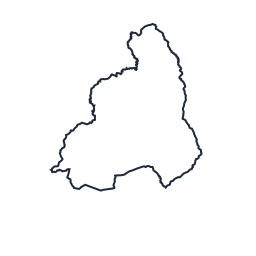 outline of Meluco, Cabo Delgado, Mozambique, rotated 141°
{"feature_id": "85939544B29216683074298", "entity_name": "Meluco", "entity_type": "district", "adm_level": 2, "iso_a3": "MOZ", "parent_name": "Mozambique", "parent_adm1": "Cabo Delgado", "projection": "natural_earth1", "projection_center": [39.629, -12.461], "detail": "fine", "context": "isolated", "style": "outline", "palette": "slate", "viewbox_px": 256, "rotation_deg": 141, "n_neighbors": 0, "source": "geoboundaries", "source_scale": "gbopen_adm2", "svg_char_len": 5781}
<svg xmlns="http://www.w3.org/2000/svg" viewBox="0 0 256 256"><g transform="rotate(141 128 128)"><path d="M196.8,151.4L198.0,147.9L198.3,145.7L198.6,144.9L200.5,144.5L203.0,144.7L206.1,142.5L206.9,142.7L209.4,144.4L212.6,144.2L213.2,143.8L213.5,143.4L214.1,143.7L214.0,143.1L214.3,142.4L214.3,141.9L214.6,141.7L214.5,141.3L213.7,141.0L212.1,139.5L210.8,139.2L209.8,139.6L208.5,138.5L207.7,138.8L206.6,137.1L206.2,135.6L202.7,133.7L201.9,134.1L201.3,134.1L200.0,133.4L199.4,132.7L200.2,132.3L202.1,130.6L205.7,128.1L206.1,128.0L206.4,127.6L206.1,127.1L205.9,125.9L205.2,124.9L205.1,124.3L205.5,123.4L206.4,122.6L207.0,121.2L207.0,120.3L207.5,118.8L207.3,116.3L207.8,115.6L204.5,111.5L203.9,111.3L201.4,111.6L197.0,110.8L188.6,96.6L188.2,96.3L186.2,95.6L179.0,91.2L176.7,90.0L175.8,90.6L175.5,92.2L175.2,92.8L172.0,94.6L170.8,96.4L170.0,97.1L168.7,97.5L168.0,99.1L167.0,98.6L163.7,96.0L160.3,94.1L155.8,93.7L153.3,93.2L152.0,92.5L146.8,90.9L140.5,88.6L139.5,88.0L138.8,86.4L137.2,86.4L136.7,86.2L135.5,85.0L135.0,83.4L133.6,82.5L133.5,82.0L133.7,81.1L134.6,79.8L134.8,78.8L133.7,74.5L134.0,72.8L133.9,71.3L134.3,70.9L133.9,70.1L134.6,69.5L134.5,69.1L134.2,69.0L134.2,68.3L134.8,67.5L136.1,66.8L136.0,65.8L137.0,65.2L136.4,64.1L136.6,63.8L136.5,62.7L137.0,62.0L136.8,61.2L137.0,60.3L136.2,59.4L136.2,58.0L133.6,58.5L131.7,57.8L130.9,57.8L130.2,58.5L129.3,58.9L128.4,59.6L127.5,59.1L125.7,58.6L124.5,59.1L122.2,58.8L121.3,58.4L120.4,58.5L119.8,58.1L118.8,57.0L113.5,57.6L110.7,56.9L109.4,56.3L106.3,56.7L104.0,56.0L103.3,56.7L102.2,56.7L101.9,57.1L101.7,58.1L101.3,58.3L101.0,58.4L99.8,57.9L98.8,58.0L97.3,59.1L96.5,60.0L95.5,60.5L94.8,61.1L93.2,60.3L91.9,60.4L91.4,60.7L91.0,61.4L90.5,61.7L88.3,61.3L86.9,61.8L86.5,63.2L85.2,65.0L85.5,66.3L85.9,66.9L85.8,68.3L84.9,68.9L84.5,69.6L84.6,71.4L83.7,72.6L83.3,74.5L82.9,75.0L82.2,75.3L81.4,76.9L81.2,79.2L80.7,80.2L80.6,81.2L79.8,82.6L79.1,85.9L78.8,86.7L78.7,87.3L79.7,88.5L80.0,89.3L79.7,90.3L79.2,90.9L79.2,91.8L78.9,92.2L79.1,93.3L78.9,96.5L78.4,97.7L79.0,99.5L79.7,100.6L79.7,100.9L77.0,103.0L76.2,104.2L75.5,104.5L74.5,105.7L73.7,107.8L72.6,108.9L70.2,110.2L69.2,111.4L67.2,112.6L65.5,113.2L63.7,115.9L62.5,116.9L62.4,118.6L60.5,121.7L60.6,123.0L59.8,123.8L57.6,124.1L56.9,125.1L56.6,126.1L56.6,126.8L56.1,127.6L56.2,129.1L56.0,130.5L56.5,131.1L56.6,131.7L55.9,132.6L56.6,133.6L56.5,134.5L56.0,135.1L55.0,135.2L54.3,135.7L53.4,135.6L51.7,135.9L51.2,136.8L51.0,138.0L51.6,139.4L51.5,139.9L51.0,140.3L49.7,140.4L49.1,141.1L49.0,141.9L49.4,143.2L48.9,144.2L49.1,145.7L48.2,146.5L47.7,147.7L47.0,147.6L46.5,147.9L46.7,148.6L46.5,148.8L46.1,148.8L45.5,149.4L45.9,150.0L45.8,150.7L45.3,150.9L45.1,150.6L44.8,151.2L45.4,153.0L44.9,153.3L44.8,154.2L45.1,154.5L44.8,155.1L45.3,155.4L45.6,156.5L45.3,157.4L46.0,158.2L45.9,158.6L46.4,159.8L45.7,160.3L46.0,162.0L45.8,163.1L45.5,163.2L45.4,164.3L45.1,165.1L45.4,165.7L45.3,166.6L44.8,166.9L43.0,169.7L42.7,169.5L42.6,169.8L43.1,171.4L43.1,172.3L43.7,173.0L43.9,173.9L43.2,174.5L43.1,175.2L42.4,176.5L42.5,178.0L41.5,179.0L41.4,180.1L42.0,182.3L42.7,183.7L42.7,184.7L43.1,186.0L43.9,187.4L43.8,187.7L43.1,188.5L42.4,188.8L42.4,189.6L42.0,190.2L41.8,191.0L42.8,191.9L43.4,193.4L45.8,194.0L46.6,194.7L50.7,196.2L56.1,196.0L57.8,193.7L59.7,193.0L60.9,193.0L61.5,193.3L61.8,193.8L62.0,196.3L62.4,197.3L64.2,198.9L64.5,199.5L64.8,199.5L65.0,200.0L65.5,199.8L66.1,199.8L66.2,199.2L66.6,199.5L66.9,199.4L66.9,198.5L67.8,197.6L67.8,197.1L68.6,197.0L68.5,196.4L69.1,196.2L69.2,195.7L69.7,195.9L70.3,195.2L70.7,195.4L71.9,195.3L73.2,194.7L73.8,195.1L74.8,194.3L75.0,193.7L75.6,193.2L75.9,192.4L75.7,192.0L76.0,191.4L76.8,190.9L77.1,190.0L77.0,189.3L76.2,188.6L76.2,187.9L76.3,187.4L76.1,186.6L76.5,186.0L76.5,185.3L76.9,184.0L77.4,183.4L77.6,182.8L78.2,182.5L78.2,181.9L77.9,181.6L78.1,181.1L77.8,179.9L78.1,179.4L78.8,179.0L78.3,178.2L78.5,177.2L77.6,176.5L77.4,175.6L77.6,175.4L77.8,175.7L78.0,175.6L77.9,174.5L78.1,173.9L79.6,174.3L80.3,174.1L80.4,173.8L79.7,173.4L80.1,172.1L80.6,172.1L81.2,171.6L82.0,172.1L82.2,171.9L82.4,170.4L83.1,169.9L83.7,169.1L84.3,169.1L84.3,168.3L84.9,168.4L85.2,168.1L85.4,168.3L85.5,169.3L84.9,170.2L85.9,171.3L87.7,171.8L88.1,172.9L88.9,173.2L89.9,173.2L90.5,174.0L91.4,174.3L91.5,175.4L92.5,174.9L93.5,175.1L93.8,175.7L95.2,176.7L96.2,176.4L96.6,175.4L97.3,176.0L98.3,175.0L98.6,174.5L99.7,174.4L100.7,176.4L102.2,177.8L102.5,177.7L104.2,175.4L104.4,175.3L104.8,175.8L104.9,176.9L105.9,178.1L106.7,179.8L107.4,179.9L108.1,179.4L110.3,178.9L112.4,178.9L115.8,180.8L116.4,181.7L117.2,182.0L117.6,182.5L118.7,183.0L119.2,182.9L120.3,181.6L121.2,182.6L121.8,182.8L122.9,182.1L123.2,181.3L127.5,182.1L128.9,181.3L129.9,181.5L130.7,181.3L131.4,181.7L132.5,181.0L133.2,180.2L133.5,179.4L134.4,178.8L134.8,178.0L135.8,177.7L136.2,177.2L136.9,177.1L137.4,176.0L137.4,175.4L138.0,175.0L138.3,174.2L139.0,174.0L139.6,174.5L139.9,174.3L140.4,173.6L140.2,172.9L139.9,172.5L140.1,172.0L140.6,171.9L141.2,172.3L141.5,172.1L141.6,171.2L140.6,169.4L140.5,168.9L141.0,167.7L140.9,167.2L140.1,166.6L141.0,166.2L143.3,162.9L143.7,162.7L144.3,163.4L144.9,163.8L145.2,163.7L145.2,163.0L144.9,162.4L145.2,161.8L146.3,161.7L146.9,160.6L146.7,159.3L146.0,158.8L145.9,158.4L147.7,156.3L148.4,155.2L148.9,155.1L150.1,156.0L151.1,156.1L151.4,156.0L151.9,155.2L153.5,155.1L153.9,156.3L154.1,156.4L155.2,156.0L157.1,156.5L157.9,157.2L160.3,161.0L163.0,161.4L164.6,162.1L165.7,162.2L166.8,161.4L169.8,161.3L172.2,160.5L172.9,160.9L173.8,162.0L174.5,161.9L174.8,161.3L175.4,161.0L177.5,160.8L178.6,160.9L180.5,161.6L181.1,160.5L182.5,159.5L183.9,159.1L184.6,159.2L185.0,158.9L185.4,158.9L186.2,158.4L187.2,156.1L187.7,155.4L187.9,154.4L188.8,154.0L189.1,153.4L190.5,153.2L191.3,153.6L192.3,153.6L193.9,153.0L194.6,153.2L195.7,151.7L196.8,151.4Z" fill="none" stroke="#1e293b" stroke-width="2"/></g></svg>